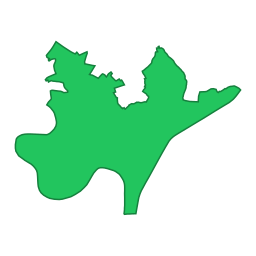 Thu Duc, Hồ Chí Minh city, Vietnam
{"feature_id": "81297802B1678031067910", "entity_name": "Thu Duc", "entity_type": "district", "adm_level": 2, "iso_a3": "VNM", "parent_name": "Vietnam", "parent_adm1": "Hồ Chí Minh city", "projection": "albers", "projection_center": [106.748, 10.855], "detail": "fine", "context": "isolated", "style": "filled", "palette": "green", "viewbox_px": 256, "rotation_deg": 0, "n_neighbors": 0, "source": "geoboundaries", "source_scale": "gbopen_adm2", "svg_char_len": 5537}
<svg xmlns="http://www.w3.org/2000/svg" viewBox="0 0 256 256"><path d="M123.9,214.3L125.5,214.2L127.3,214.0L129.0,214.0L132.1,213.8L135.9,213.7L136.6,209.5L138.0,201.7L138.8,197.5L140.0,193.8L141.3,190.7L143.0,187.6L145.3,183.3L149.4,176.1L154.0,167.7L158.7,159.1L162.2,152.8L165.4,147.2L169.0,141.1L171.0,138.7L172.9,137.0L174.6,135.7L178.4,133.3L186.4,128.5L195.5,123.0L206.1,116.6L214.6,111.3L223.5,105.9L229.2,102.5L232.1,100.2L233.4,99.1L235.8,96.4L237.5,94.2L240.6,90.0L239.1,88.4L238.1,87.8L237.0,87.2L234.5,86.0L233.8,86.0L232.0,86.3L230.6,86.4L229.5,86.7L227.8,87.4L225.9,88.8L225.0,88.6L223.1,90.0L220.9,91.4L220.4,91.5L219.7,91.5L219.3,91.4L218.4,92.4L218.3,92.5L217.5,92.1L217.0,91.5L216.5,90.5L216.1,89.4L213.4,88.7L211.0,88.9L209.3,89.9L206.8,91.4L205.1,91.7L202.2,91.8L199.9,91.9L198.6,96.2L198.5,97.8L198.3,100.5L198.3,101.8L197.4,101.8L194.5,101.7L190.0,101.5L188.3,101.2L186.8,100.9L185.6,100.7L183.2,99.9L183.1,99.1L183.0,98.7L182.9,98.6L182.8,98.1L182.8,97.6L182.8,97.3L183.1,96.7L183.3,95.8L183.4,95.1L183.7,94.0L184.0,93.0L184.6,91.6L185.0,90.5L185.3,89.9L185.7,88.8L185.9,88.2L186.1,87.1L186.1,86.3L186.2,85.5L186.5,84.6L186.5,83.7L186.6,83.0L186.7,82.3L186.7,81.3L186.6,80.9L186.2,80.1L185.6,79.7L185.2,79.1L185.1,78.5L185.0,77.8L185.1,76.8L185.0,76.0L184.8,75.3L184.5,74.6L184.0,73.7L183.8,73.1L183.6,72.7L182.8,71.9L181.7,70.8L181.4,70.3L180.9,69.6L179.9,68.7L178.8,67.5L177.7,66.5L177.0,66.0L176.3,65.2L175.3,64.0L174.7,63.2L174.3,62.4L173.9,61.6L173.6,61.0L173.1,60.4L172.6,59.9L172.2,59.5L171.2,58.6L170.3,57.9L169.3,57.2L168.5,56.6L168.1,56.0L167.7,55.4L167.2,54.5L166.6,53.7L166.0,53.2L165.0,52.2L164.6,51.5L164.3,50.8L164.1,50.2L163.5,49.3L162.7,48.6L162.1,48.3L161.7,48.1L161.1,47.9L159.9,48.4L159.8,48.2L159.3,47.3L159.0,46.3L158.2,46.6L158.2,48.0L156.6,48.1L156.7,48.9L156.7,49.8L156.9,50.3L157.6,51.7L155.7,52.0L155.4,52.7L155.3,54.0L155.2,55.2L154.6,56.7L153.9,57.6L152.7,59.1L152.0,60.7L151.7,62.8L150.7,64.0L149.6,65.1L148.9,65.8L148.1,66.7L146.2,68.2L143.6,70.4L142.3,71.2L142.5,71.9L142.9,72.9L143.4,73.8L144.5,75.3L144.7,75.6L145.6,77.7L145.9,78.3L144.5,78.8L144.7,79.2L145.0,80.0L144.8,81.5L144.9,83.7L145.5,84.9L145.5,85.2L144.7,86.2L144.5,86.8L145.4,87.1L145.4,87.3L145.1,88.0L144.8,88.5L143.7,89.7L142.7,91.4L146.3,93.9L146.5,94.1L146.9,95.0L148.1,96.2L148.5,96.3L148.6,97.0L148.6,97.6L148.4,98.2L146.9,100.8L146.5,101.6L146.4,101.9L144.4,101.9L144.0,102.0L143.3,102.2L142.0,102.6L141.1,102.7L140.5,102.7L140.0,102.6L138.4,102.2L137.9,102.2L137.3,102.4L136.8,102.2L134.6,103.5L133.7,103.8L133.2,103.9L132.6,103.8L131.9,103.7L131.4,103.8L131.0,104.0L130.6,104.2L129.5,104.9L128.9,105.2L129.0,105.6L125.2,109.1L124.7,108.8L124.1,107.7L122.7,108.6L122.2,107.9L121.7,108.0L121.5,107.8L120.3,106.2L118.2,104.1L117.7,103.1L117.5,101.6L117.3,99.4L117.3,99.0L117.4,97.9L117.2,97.7L116.5,97.6L116.2,97.3L114.9,95.2L114.1,93.8L113.5,92.7L115.6,92.0L114.4,88.2L122.7,85.4L124.4,84.9L123.7,83.6L122.3,81.1L121.6,80.1L120.5,80.7L119.2,79.0L116.3,80.8L115.8,80.8L115.0,80.2L111.7,76.9L110.8,75.4L112.2,73.6L111.0,72.0L108.5,73.8L106.4,76.9L105.7,76.3L104.8,74.9L102.8,73.9L102.6,73.9L101.8,74.4L100.2,76.1L98.3,78.3L92.2,75.1L91.5,75.1L90.7,74.8L89.5,74.5L91.2,71.9L94.9,65.8L92.3,65.4L84.8,63.8L84.7,62.6L84.6,61.5L84.8,60.9L86.1,56.4L87.2,53.3L87.0,51.8L84.6,52.8L79.3,55.2L76.8,52.2L75.2,53.9L74.5,53.6L73.2,53.0L71.8,52.3L69.8,51.1L63.3,46.9L56.0,41.7L53.3,46.3L52.4,47.7L51.2,49.5L46.4,55.4L46.7,56.5L46.9,57.2L47.5,57.7L48.0,58.0L49.0,58.4L49.4,58.6L49.5,58.7L49.3,59.0L48.8,59.3L48.5,59.5L48.5,59.9L48.5,60.2L48.7,60.7L49.1,60.9L49.7,60.6L50.8,59.8L51.8,59.3L53.0,59.0L54.1,58.8L54.8,58.8L55.2,58.9L55.5,59.2L55.6,59.8L55.5,60.7L55.5,61.2L55.2,62.1L54.3,64.0L54.0,64.9L53.9,65.6L53.9,66.6L54.3,68.7L54.6,70.3L56.0,73.7L48.8,76.8L47.0,77.8L45.4,79.7L46.2,80.9L47.8,80.1L48.5,82.0L51.1,80.6L51.7,80.8L52.8,81.1L53.3,81.2L54.2,81.2L55.4,81.4L56.0,81.4L56.7,81.6L57.4,81.6L58.8,81.7L59.6,81.8L60.6,82.1L62.5,82.6L63.1,82.8L63.3,83.0L63.6,83.9L63.8,84.6L63.9,85.7L64.4,87.1L65.1,88.2L66.1,89.3L67.1,90.2L67.7,90.8L67.7,91.3L67.8,91.7L67.7,92.2L66.8,92.3L65.4,92.5L64.2,92.6L63.6,92.6L62.8,92.1L61.1,91.4L60.3,91.2L58.8,91.1L56.5,90.8L54.9,90.6L53.6,90.4L52.7,90.3L52.1,90.3L51.4,90.4L50.4,91.0L50.7,94.4L51.2,97.4L51.3,98.5L51.2,98.7L51.1,99.3L48.7,101.8L48.6,102.0L48.4,102.2L48.2,102.5L48.0,102.8L46.8,104.9L48.9,106.3L50.5,107.7L53.3,111.2L54.4,113.2L54.4,113.3L55.7,117.8L56.4,121.3L56.5,123.1L56.3,124.3L55.9,126.1L54.1,129.2L51.7,131.7L50.0,133.2L48.6,134.0L47.2,134.6L46.4,134.7L30.1,134.0L28.1,134.0L24.8,134.2L22.1,134.7L20.3,135.5L18.2,136.7L16.6,138.4L16.2,139.5L15.4,144.6L15.4,148.2L15.9,151.2L17.0,153.0L18.7,155.8L23.8,159.5L24.9,160.4L31.3,164.2L33.5,166.2L35.4,168.5L36.6,170.5L36.8,171.2L37.3,172.9L37.6,176.4L37.8,180.6L38.0,184.0L38.2,185.7L38.3,186.4L38.3,186.6L38.9,188.5L39.5,190.3L41.1,192.8L43.6,195.1L47.1,197.2L47.8,197.5L49.5,198.2L49.6,198.3L54.2,199.2L59.2,199.5L62.5,199.1L66.8,197.9L70.9,196.7L74.5,194.8L75.4,194.3L80.4,191.1L84.2,187.5L86.8,184.7L89.4,180.4L91.8,176.2L93.8,172.9L96.2,170.1L97.7,168.7L99.1,168.0L100.5,167.7L101.1,167.7L102.4,167.7L104.4,167.9L107.5,168.6L113.8,170.6L115.6,171.5L117.6,172.9L119.1,174.0L120.3,175.4L121.6,177.4L122.5,178.8L123.2,180.1L123.6,181.0L124.0,182.1L124.2,182.9L124.4,183.7L124.6,185.2L124.7,187.1L124.7,190.9L124.6,193.6L124.7,197.6L124.7,200.6L124.7,205.6L124.5,208.0L124.5,209.4L124.4,210.5L124.3,211.6L124.2,212.5L124.1,213.4L124.0,213.9L124.0,214.3L123.9,214.3Z" fill="#22c55e" stroke="#15803d" stroke-width="1.5"/></svg>